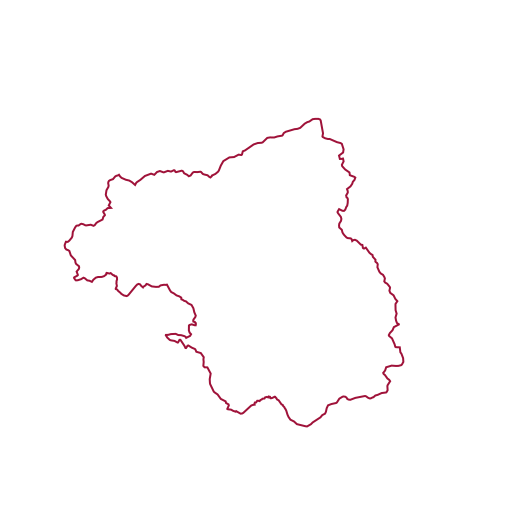 Tuong Duong, Nghệ An, Vietnam (Robinson projection), rotated 295°
{"feature_id": "81297802B26083936626584", "entity_name": "Tuong Duong", "entity_type": "district", "adm_level": 2, "iso_a3": "VNM", "parent_name": "Vietnam", "parent_adm1": "Nghệ An", "projection": "robinson", "projection_center": [104.534, 19.32], "detail": "fine", "context": "isolated", "style": "outline", "palette": "rose", "viewbox_px": 512, "rotation_deg": 295, "n_neighbors": 0, "source": "geoboundaries", "source_scale": "gbopen_adm2", "svg_char_len": 6115}
<svg xmlns="http://www.w3.org/2000/svg" viewBox="0 0 512 512"><g transform="rotate(295 256 256)"><path d="M406.7,254.7L405.2,251.5L403.9,249.5L400.4,247.5L399.0,245.9L396.5,244.2L390.8,241.9L388.8,239.9L387.2,237.3L381.2,230.5L379.1,229.2L376.7,229.1L376.1,228.8L373.5,225.0L371.1,222.4L369.4,218.6L367.8,216.3L361.8,214.0L361.0,213.2L359.1,209.8L356.1,206.7L347.0,201.4L345.3,199.8L342.0,200.4L341.3,200.0L340.5,197.4L336.4,194.3L334.1,190.2L328.2,186.3L323.1,185.9L317.8,186.2L316.4,186.0L313.2,184.5L310.2,182.0L309.6,182.2L307.9,181.5L308.0,180.1L308.7,178.0L308.0,174.6L307.9,173.1L308.9,170.8L308.9,170.0L307.2,167.3L306.0,164.4L305.1,163.6L304.2,163.3L301.3,162.7L299.9,161.4L300.5,159.3L300.6,155.9L301.8,154.2L302.0,153.6L301.9,152.6L298.2,148.1L298.2,147.5L299.2,146.0L299.1,145.4L296.6,143.3L295.9,140.1L293.0,137.3L292.7,136.7L292.4,133.0L290.3,130.8L286.6,129.5L286.3,126.1L281.6,121.5L276.1,119.0L272.7,116.9L271.6,116.5L269.3,116.4L270.5,112.3L270.8,109.2L270.1,105.8L270.0,101.1L270.7,99.1L271.7,97.5L271.0,97.1L269.6,95.5L268.6,94.8L265.2,93.9L263.1,91.7L261.9,91.0L260.9,90.9L259.6,91.2L257.5,92.7L256.2,93.0L252.4,92.7L248.2,93.9L247.0,94.9L245.0,97.6L243.8,100.6L243.3,101.3L239.6,101.2L238.3,104.2L236.7,101.3L234.4,100.4L233.1,99.2L231.9,98.7L231.2,99.1L229.7,101.4L229.1,101.8L226.9,101.1L224.2,101.5L219.7,98.0L218.3,97.3L215.8,96.8L214.7,96.0L214.5,93.0L211.9,89.1L211.7,88.3L211.8,86.0L211.4,84.1L210.8,83.5L208.6,82.3L208.0,81.0L207.4,80.4L205.5,80.0L200.4,79.8L196.5,81.2L194.8,81.3L191.0,80.3L189.5,79.6L189.0,79.0L188.6,77.7L185.5,77.9L184.5,78.2L182.5,79.7L181.7,81.4L181.9,83.2L181.7,84.7L178.3,87.9L175.9,93.8L173.7,95.2L172.8,96.3L171.9,99.9L170.7,100.7L169.3,100.9L166.1,100.0L163.5,102.6L162.7,102.4L159.9,100.3L159.3,100.3L158.2,101.9L157.8,103.1L158.7,104.7L161.0,107.2L163.4,108.8L163.5,110.1L162.6,113.4L163.2,115.5L163.2,118.2L165.7,118.6L168.7,120.0L170.2,121.7L171.8,125.0L173.5,126.8L176.0,128.1L177.0,127.6L177.6,127.8L178.2,130.7L179.1,131.5L178.3,134.2L178.5,135.8L178.0,136.3L178.5,138.0L177.7,139.1L176.0,140.0L174.2,140.2L173.4,140.7L172.4,140.9L170.0,142.6L167.3,142.6L166.8,142.9L166.9,144.4L166.1,145.8L165.3,148.8L164.8,149.8L164.4,152.9L165.0,155.7L165.8,156.4L167.0,156.9L178.0,159.7L180.0,160.4L181.1,161.4L181.3,162.9L180.4,164.6L179.8,166.8L180.3,166.8L182.7,168.3L184.4,168.6L184.7,170.1L184.4,174.4L185.7,178.3L187.0,180.9L189.0,181.9L191.0,184.7L191.7,186.4L192.4,187.4L188.5,192.6L187.5,194.4L187.4,197.3L186.7,200.6L187.0,203.5L186.7,205.8L185.2,206.7L185.3,208.1L185.0,209.8L185.3,211.7L184.4,214.5L184.4,218.2L182.2,221.3L178.9,223.9L176.5,226.6L175.0,226.8L172.0,226.2L170.9,226.4L170.1,226.9L170.3,228.5L169.9,228.7L169.8,229.7L168.9,230.3L167.7,230.6L167.3,229.6L166.9,226.6L165.4,224.9L164.7,224.6L160.2,226.6L158.5,228.2L157.7,230.2L155.7,230.0L152.3,227.3L153.0,226.4L153.1,224.9L152.6,221.6L151.5,218.9L151.5,216.1L149.2,211.8L147.4,209.7L146.4,207.7L146.1,207.7L144.6,210.0L143.5,213.3L143.6,214.5L144.6,218.0L144.4,221.5L144.7,221.9L147.7,222.1L148.1,222.9L144.4,229.0L142.8,231.0L143.0,231.5L145.8,231.9L146.3,232.5L145.8,236.6L145.9,239.8L145.7,240.5L144.0,242.4L144.7,247.0L142.2,251.4L140.2,252.0L137.8,253.4L134.2,254.7L133.9,255.1L133.4,256.5L134.5,259.0L130.3,264.6L124.8,266.1L121.3,268.0L120.5,268.6L115.2,275.1L114.8,276.6L114.3,279.7L111.6,284.5L111.4,289.9L110.1,291.0L109.9,293.8L109.1,294.5L105.3,294.6L105.2,295.3L106.2,298.3L106.0,300.8L106.3,303.4L107.0,303.6L106.6,308.7L107.4,310.0L108.5,310.8L118.5,314.9L119.7,316.1L120.7,317.6L121.5,317.0L122.7,316.9L123.1,317.8L123.5,318.0L125.3,318.3L125.7,319.0L126.0,320.6L127.4,320.9L128.3,321.8L129.4,322.2L130.4,323.9L131.7,324.0L132.8,325.3L133.0,326.8L134.0,326.8L134.3,328.2L134.0,328.6L133.3,328.9L133.3,329.6L134.3,330.8L136.4,332.4L136.5,333.0L136.0,333.5L135.8,334.5L134.9,335.6L134.8,337.5L132.3,341.8L132.3,343.2L131.6,343.9L130.9,345.7L130.0,346.7L129.7,347.5L128.5,348.9L125.5,351.6L123.8,353.6L122.2,356.4L122.1,360.4L120.9,364.1L122.6,372.7L123.1,374.3L126.8,376.9L129.1,377.7L137.0,382.6L139.8,383.3L142.3,385.2L144.4,385.2L147.9,384.4L151.1,384.4L153.7,386.9L156.6,390.7L157.4,391.2L161.9,391.8L164.9,393.8L165.6,394.5L166.2,396.4L165.9,397.9L165.0,399.2L165.0,400.6L165.5,402.2L169.4,406.0L175.0,413.7L175.3,414.4L175.3,415.4L174.9,417.2L174.9,419.0L175.4,420.1L177.4,421.7L177.6,422.1L180.0,423.1L181.6,425.0L184.9,427.8L187.3,431.6L188.1,431.9L190.0,432.0L193.7,430.0L194.7,429.9L199.2,430.5L200.1,429.0L200.5,426.9L202.6,423.2L203.0,421.6L203.8,420.7L206.8,421.4L210.2,421.0L214.0,425.3L215.5,429.3L216.6,431.5L218.4,433.7L219.3,434.1L222.3,434.3L225.6,432.5L228.8,429.2L229.8,427.5L234.0,424.9L232.5,421.4L232.6,420.6L234.6,418.9L238.8,414.1L239.8,410.4L240.4,409.8L242.7,409.9L246.4,411.1L249.8,411.0L254.3,414.4L254.6,414.2L254.7,412.4L255.1,411.8L256.7,410.2L259.2,408.4L263.2,407.8L265.9,405.4L270.8,403.0L271.6,402.7L274.8,403.2L276.0,400.4L278.5,397.3L279.3,393.3L280.9,391.6L283.9,390.9L284.5,390.3L286.3,386.7L286.5,384.3L287.2,383.0L290.1,382.3L291.1,381.3L292.6,379.1L292.9,376.4L293.9,374.4L297.1,370.8L300.0,369.8L300.8,368.7L301.2,366.9L301.6,366.4L303.1,365.9L304.6,362.3L306.2,361.1L306.3,359.5L306.9,357.4L310.0,352.0L308.5,350.9L308.3,350.3L308.5,349.5L311.0,347.7L310.6,346.2L312.5,340.9L312.5,338.8L311.5,337.5L310.2,336.9L311.6,335.6L312.0,334.4L311.0,331.6L311.0,330.3L312.2,327.2L313.0,325.7L313.9,324.4L316.0,322.7L317.0,319.4L318.9,318.3L320.6,317.8L323.8,318.2L325.7,317.7L327.3,316.4L329.5,312.2L330.1,311.4L330.7,311.2L333.6,311.5L333.5,314.9L333.7,315.9L334.1,316.7L335.7,317.3L338.7,317.1L340.1,317.4L342.8,316.7L346.4,315.2L347.3,314.2L347.4,313.3L349.0,312.1L352.2,312.4L353.6,311.7L355.1,310.2L359.0,312.2L362.1,312.7L364.2,312.4L366.5,313.1L369.0,312.9L369.3,311.8L368.9,306.9L371.2,305.4L372.1,300.2L373.8,296.2L374.9,295.3L378.8,295.4L380.8,293.9L381.1,293.6L380.2,292.6L379.4,291.0L382.1,288.8L386.6,291.2L389.7,290.3L393.9,286.4L394.1,284.9L393.4,281.3L393.2,273.3L392.4,271.6L391.9,268.8L392.1,266.1L392.4,265.7L395.5,264.9L406.1,257.4L406.8,256.4L406.7,254.7Z" fill="none" stroke="#9f1239" stroke-width="2"/></g></svg>